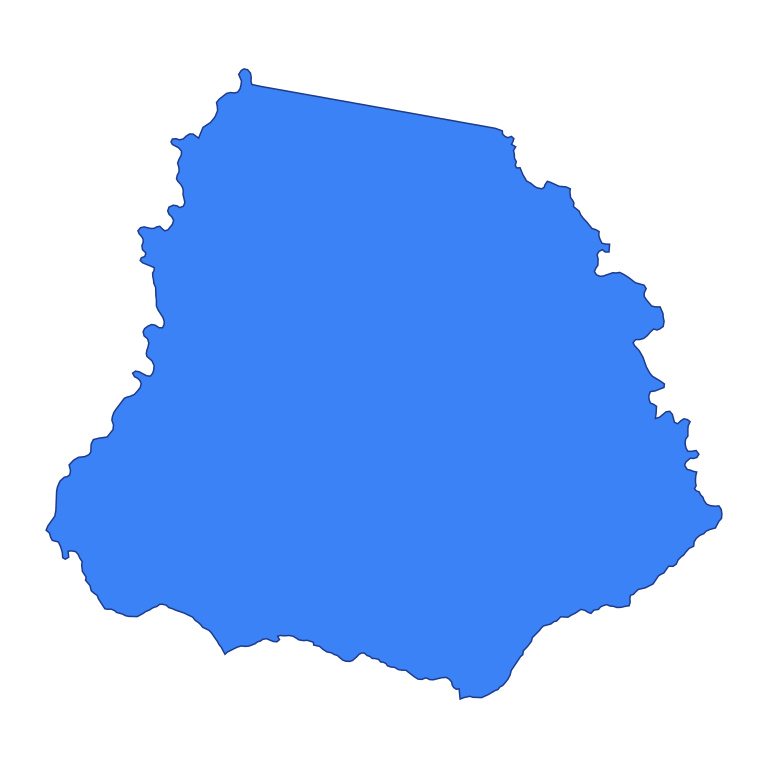 Sandolândia, Tocantins, Brazil (Mercator projection)
{"feature_id": "56859067B27604847776999", "entity_name": "Sandolândia", "entity_type": "district", "adm_level": 2, "iso_a3": "BRA", "parent_name": "Brazil", "parent_adm1": "Tocantins", "projection": "mercator", "projection_center": [-49.87, -12.382], "detail": "fine", "context": "isolated", "style": "filled", "palette": "blue", "viewbox_px": 768, "rotation_deg": 0, "n_neighbors": 0, "source": "geoboundaries", "source_scale": "gbopen_adm2", "svg_char_len": 6070}
<svg xmlns="http://www.w3.org/2000/svg" viewBox="0 0 768 768"><path d="M683.9,418.8L680.6,421.0L677.7,423.7L674.5,422.4L672.3,414.3L669.7,411.3L666.1,411.8L659.6,417.2L655.4,418.5L656.1,413.4L656.5,406.3L653.7,404.4L650.4,403.0L649.1,399.5L648.8,395.7L650.4,391.6L655.2,390.9L664.0,387.4L664.4,384.0L660.4,381.1L652.4,376.3L649.7,373.0L646.4,367.0L642.9,357.1L639.3,350.8L634.4,345.4L633.1,342.6L635.6,339.6L639.4,339.6L643.6,338.5L647.2,335.7L650.2,332.2L653.6,329.0L657.0,330.0L659.8,328.9L663.2,326.5L664.1,321.3L663.2,317.2L663.0,313.6L660.1,306.9L655.5,306.9L651.6,306.0L646.3,299.6L644.2,296.4L644.2,292.9L646.2,288.6L644.1,285.2L635.3,282.7L628.6,277.5L623.9,274.5L619.7,272.4L616.0,273.0L612.9,272.7L603.3,276.0L600.0,276.3L596.5,274.8L594.4,271.6L595.9,268.1L597.9,265.2L598.1,259.0L597.1,254.7L598.9,251.5L602.3,249.7L605.2,252.0L609.0,252.0L609.6,244.2L605.7,244.1L601.9,243.2L599.8,238.8L598.8,235.1L599.1,231.5L595.9,229.7L591.9,228.4L587.2,222.5L583.3,218.3L580.6,214.7L579.2,211.2L573.5,206.6L573.9,202.9L572.6,200.3L570.6,197.7L569.9,191.9L570.3,188.8L566.0,186.9L559.1,186.3L550.9,182.5L547.3,181.3L545.0,184.8L544.1,187.4L541.7,188.8L536.8,187.7L534.3,186.2L530.7,183.2L526.6,181.0L522.7,174.3L520.1,167.8L516.6,167.9L515.3,165.3L516.3,161.7L514.5,158.3L514.3,154.1L513.5,150.5L515.7,146.8L511.5,144.4L512.8,141.9L513.9,138.6L511.4,136.4L507.9,137.7L504.8,136.3L502.6,134.0L502.3,130.8L495.2,128.3L260.8,86.4L251.9,84.5L251.0,81.5L251.2,77.5L250.5,73.2L247.6,69.7L244.0,68.9L241.2,70.5L238.7,74.4L241.5,81.1L241.0,84.8L240.1,88.6L237.7,92.2L233.9,93.0L230.7,92.5L226.6,93.4L219.3,99.1L216.5,102.5L217.3,106.6L217.6,110.6L215.0,117.0L210.5,122.5L203.0,127.4L198.6,138.1L193.0,134.0L189.5,134.0L186.2,136.1L183.1,139.0L179.5,139.8L176.0,138.7L172.4,139.0L171.0,141.9L172.4,144.5L178.5,147.7L181.5,151.1L181.3,155.0L179.1,159.1L177.6,163.1L178.9,167.6L179.1,171.7L177.2,175.4L176.5,178.9L177.9,181.4L180.6,184.2L182.5,187.5L183.3,190.6L183.0,194.2L184.9,202.5L183.4,206.2L179.8,207.6L176.9,205.8L173.2,205.2L169.0,207.1L167.7,210.8L169.0,214.3L171.7,216.7L173.6,220.4L172.4,224.3L168.0,229.8L164.8,230.9L162.1,228.7L159.8,226.3L156.7,226.9L154.0,228.4L150.3,228.4L144.2,226.9L140.5,227.7L137.9,230.8L139.2,233.9L141.6,236.5L143.1,239.2L143.2,242.1L141.9,245.6L142.5,249.7L145.8,252.9L144.9,256.4L141.3,257.8L140.2,260.5L142.7,262.8L154.2,267.6L154.1,270.5L152.6,273.1L152.8,276.5L153.5,279.8L153.8,283.2L155.6,287.4L155.9,295.8L156.4,299.6L156.4,306.0L158.0,309.8L162.9,317.4L164.2,321.3L164.1,324.5L162.5,327.8L159.0,327.7L155.3,325.2L151.6,324.5L147.8,326.2L144.6,328.6L143.1,331.8L144.1,335.9L147.6,338.8L148.8,343.1L148.0,347.1L146.8,350.4L146.3,353.8L147.0,356.5L152.0,360.9L154.1,365.6L153.7,370.1L152.7,373.2L150.4,376.1L146.7,375.8L139.2,371.8L135.5,371.1L132.6,373.2L134.5,376.7L137.5,378.2L139.9,380.5L141.2,383.6L140.3,387.4L137.5,391.0L134.4,394.4L129.9,396.4L127.1,397.1L124.4,398.2L115.6,409.8L113.7,412.8L112.3,417.1L111.9,420.3L113.5,424.9L113.0,429.6L107.1,437.0L98.7,438.2L93.3,439.6L91.1,444.3L90.8,452.0L89.0,454.6L84.9,456.6L78.5,457.3L73.8,460.0L69.1,464.9L70.5,470.7L69.8,474.7L67.2,476.7L64.3,477.2L60.3,480.8L59.0,483.2L57.4,487.2L56.6,491.3L55.9,510.2L54.8,516.2L48.0,525.7L46.1,530.2L49.4,533.0L50.7,537.4L52.3,540.4L58.4,542.0L60.7,547.0L62.3,552.5L62.7,557.7L65.3,559.2L68.7,557.2L68.1,551.2L71.5,550.9L75.6,551.6L78.2,554.5L79.8,558.1L82.2,561.7L81.7,565.0L82.4,571.3L86.2,577.3L85.5,580.2L90.0,585.6L91.2,590.7L94.1,593.3L97.2,595.4L98.4,598.8L104.9,608.8L107.8,609.3L111.0,609.1L114.5,610.5L116.5,612.4L122.3,614.0L125.6,615.7L128.9,616.4L137.3,616.6L143.1,613.4L145.8,611.5L149.7,609.9L152.8,607.8L157.0,606.4L159.7,604.3L162.6,604.3L166.1,605.1L168.9,607.6L172.9,608.9L175.7,610.2L184.0,613.0L192.6,617.1L195.3,620.4L198.2,622.4L200.5,624.5L202.7,627.3L208.8,630.2L211.2,632.6L217.5,641.6L219.2,644.8L221.0,646.8L225.0,654.3L227.3,652.1L236.9,647.3L240.9,646.0L245.6,646.4L249.2,646.0L255.2,643.7L257.4,641.9L260.3,641.1L262.9,639.3L266.5,638.7L273.3,641.5L276.9,641.8L279.5,639.6L277.6,636.2L280.3,635.5L284.5,635.8L289.1,635.5L293.1,636.2L299.0,639.9L303.5,640.6L307.2,640.3L313.3,642.2L313.7,645.1L319.5,646.3L322.8,649.2L326.7,651.8L331.4,652.8L334.2,654.5L337.3,655.4L342.4,659.9L345.7,661.2L349.8,661.4L352.5,660.5L356.8,656.8L359.0,654.3L361.7,653.0L364.4,653.1L367.1,655.5L370.0,656.5L372.1,658.4L375.7,658.6L378.6,659.4L380.5,661.9L383.4,662.3L385.9,663.5L387.5,665.8L390.8,667.0L394.7,667.4L398.4,669.6L402.3,670.2L405.8,670.2L414.5,676.9L418.0,679.1L421.9,679.4L426.0,677.8L429.8,679.6L433.2,679.8L441.6,677.7L446.2,677.4L449.1,679.1L451.6,681.9L452.2,685.0L453.6,687.4L456.3,689.3L459.1,688.8L460.1,699.1L463.8,697.6L469.9,696.3L472.9,697.3L481.6,697.6L488.2,694.6L495.2,690.5L498.0,689.5L499.8,687.0L502.8,685.4L505.3,682.5L507.8,679.4L510.1,675.1L511.2,670.5L520.6,656.5L522.8,654.7L523.3,650.9L527.3,646.7L531.4,641.4L532.3,637.7L539.6,630.3L541.3,627.9L543.5,625.9L550.8,624.0L554.0,621.6L556.7,621.0L560.7,616.8L568.0,617.2L571.3,615.1L575.4,613.1L580.9,609.4L584.6,610.2L588.0,612.3L590.9,613.4L594.0,610.1L598.5,609.4L600.4,607.0L603.0,605.7L606.8,604.6L609.8,606.0L613.3,606.3L617.1,607.5L621.2,607.3L625.8,606.2L629.1,605.8L630.1,602.3L629.9,598.2L630.5,595.3L633.5,594.3L635.8,591.7L638.4,589.4L645.4,587.8L653.1,583.9L658.5,575.8L661.3,574.1L663.8,573.0L668.5,566.3L673.1,566.3L676.2,564.2L678.1,559.9L681.2,556.8L683.6,555.1L685.7,552.2L689.1,548.4L693.7,546.2L694.1,542.0L696.4,538.2L699.9,535.3L703.8,533.7L706.1,531.2L710.0,529.4L715.4,528.0L718.9,521.3L721.5,518.4L721.9,513.8L721.2,509.3L718.9,505.9L714.8,506.2L710.2,505.6L706.5,504.1L704.1,500.6L702.9,497.2L700.6,494.9L699.2,491.9L696.3,490.9L694.5,488.7L696.1,485.8L695.5,482.5L695.5,479.3L695.8,475.6L696.7,472.0L693.4,471.4L690.6,470.2L687.3,469.5L684.6,465.3L685.8,462.1L690.3,458.2L693.3,458.5L696.8,457.5L698.9,454.2L696.1,450.5L691.6,451.3L687.9,451.3L686.1,448.3L685.3,444.9L685.1,442.0L685.8,438.9L687.9,436.1L687.9,429.2L688.2,425.8L690.1,421.6L687.4,419.6L683.9,418.8Z" fill="#3b82f6" stroke="#1e3a8a" stroke-width="1.5"/></svg>